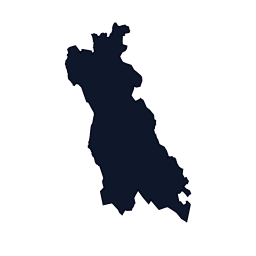 outline of Šķaunes pag., Dagdas, Latvia, rotated 76°
{"feature_id": "27541924B39109314614012", "entity_name": "Šķaunes pag.", "entity_type": "district", "adm_level": 2, "iso_a3": "LVA", "parent_name": "Latvia", "parent_adm1": "Dagdas", "projection": "equal_earth", "projection_center": [27.922, 56.167], "detail": "fine", "context": "isolated", "style": "filled", "palette": "ink", "viewbox_px": 256, "rotation_deg": 76, "n_neighbors": 0, "source": "geoboundaries", "source_scale": "gbopen_adm2", "svg_char_len": 5474}
<svg xmlns="http://www.w3.org/2000/svg" viewBox="0 0 256 256"><g transform="rotate(76 128 128)"><path d="M29.9,103.5L29.8,103.8L29.6,104.1L29.4,104.4L29.4,104.6L29.2,105.4L28.3,105.7L27.9,105.9L27.7,106.1L27.6,106.3L27.7,106.6L27.7,107.6L27.6,108.0L27.6,108.6L27.7,108.9L27.6,109.1L27.7,109.3L27.7,109.8L27.7,110.1L27.7,110.6L27.7,111.8L27.7,112.1L27.8,112.2L27.5,112.3L27.3,112.7L26.7,113.5L26.4,113.7L25.0,114.0L23.5,114.5L23.3,115.3L23.2,115.4L24.0,116.4L26.6,118.2L28.3,118.7L30.0,118.9L30.1,119.2L30.2,119.4L30.6,119.4L30.7,119.5L31.4,120.3L31.5,120.4L32.5,120.6L33.1,120.6L33.1,121.5L32.7,121.7L32.6,121.8L32.8,122.2L34.5,123.2L34.8,123.4L35.1,123.6L35.9,125.8L34.6,126.9L34.2,127.4L34.0,127.5L33.6,127.4L33.0,126.9L32.9,126.6L31.4,126.3L31.0,126.6L31.2,126.8L31.3,127.0L31.3,127.3L31.1,128.1L30.9,128.5L30.5,128.7L30.2,129.4L30.3,129.5L30.2,129.8L30.2,130.7L30.2,130.8L30.6,131.5L31.4,131.9L31.8,132.4L32.1,132.7L32.2,132.9L32.2,133.2L32.2,133.5L32.4,134.0L32.2,134.5L32.4,135.3L31.6,135.5L31.1,135.8L30.0,136.0L29.8,136.1L29.7,136.2L29.6,136.5L29.5,137.4L28.7,137.8L28.6,138.3L28.7,139.3L28.9,140.1L28.8,140.3L31.0,139.9L35.0,140.1L35.3,140.4L36.0,140.0L37.7,140.2L38.6,140.6L39.7,141.1L40.4,141.1L41.3,141.3L41.6,141.8L42.4,141.6L46.1,141.9L46.5,142.8L47.4,144.4L47.8,145.0L47.0,145.0L44.6,145.2L41.0,153.2L41.1,153.6L42.6,153.9L42.6,155.2L43.5,156.0L37.3,158.6L35.7,159.4L36.0,165.2L36.6,166.4L37.2,167.3L40.3,167.1L40.7,167.1L41.1,167.2L41.7,167.6L41.9,167.9L42.1,168.7L43.0,169.1L43.6,168.7L43.9,168.6L44.6,168.5L45.2,169.1L45.9,169.4L46.4,169.9L47.2,170.5L47.3,170.6L47.2,170.8L48.2,172.0L48.8,171.9L48.9,172.0L49.8,172.4L50.6,172.8L50.6,173.0L50.9,173.1L51.2,173.0L52.0,172.8L54.7,173.0L55.7,172.7L56.6,172.6L57.0,172.6L59.6,172.8L60.0,172.6L60.4,172.6L61.3,172.6L61.9,172.8L62.8,173.2L63.5,173.3L64.4,173.4L65.3,173.3L65.6,173.4L65.7,173.5L67.0,173.0L67.3,172.6L67.4,172.3L67.7,172.2L68.9,171.8L69.1,171.7L70.4,171.2L71.4,170.4L72.8,170.6L73.6,170.0L73.9,170.1L72.7,168.9L72.3,167.7L72.1,166.9L72.1,166.7L72.3,166.5L72.4,166.4L72.2,166.3L74.1,164.5L75.2,164.1L77.0,162.9L84.9,162.2L92.3,161.5L93.5,159.8L95.2,159.3L100.5,158.0L105.1,156.7L105.3,156.8L105.5,157.0L105.8,157.1L106.0,157.0L106.5,156.8L108.4,157.8L109.5,158.4L111.1,159.1L113.4,160.1L114.8,160.7L115.2,161.0L116.6,162.4L117.1,162.8L119.4,163.7L122.1,164.8L122.7,164.9L124.8,165.8L126.1,166.1L130.0,167.8L133.2,169.1L132.9,169.3L134.7,169.6L135.2,169.9L135.5,169.9L135.7,170.6L136.1,170.5L137.2,171.0L137.7,170.4L138.7,169.6L140.1,169.1L141.2,168.6L141.5,169.0L144.2,168.1L144.4,169.0L146.8,168.6L147.9,167.7L148.2,167.7L148.4,167.6L148.6,167.7L149.2,167.5L149.5,167.5L150.1,167.6L150.8,167.6L151.7,167.6L152.3,167.7L152.6,167.6L153.4,167.6L153.9,167.4L154.9,167.1L155.2,166.9L155.3,166.8L156.0,165.8L156.1,165.7L156.6,165.5L157.1,165.3L157.1,165.1L157.8,164.4L159.5,164.2L170.4,163.4L170.8,163.5L171.2,163.6L172.2,164.3L173.0,164.9L173.2,165.1L174.9,165.5L179.7,165.4L180.3,165.5L183.0,169.8L196.3,170.4L196.5,161.4L204.9,156.8L207.6,156.4L210.4,154.7L206.7,151.1L206.8,149.8L207.5,148.9L208.3,144.6L207.3,144.1L206.8,143.9L206.7,143.9L205.4,142.1L204.6,141.6L204.1,141.2L203.6,141.1L203.2,140.7L203.0,140.4L202.4,139.6L200.3,139.6L197.3,139.6L194.9,137.6L190.2,133.2L191.0,132.9L198.8,129.8L206.1,126.2L203.0,123.1L212.0,118.6L214.3,117.5L213.6,110.2L213.8,108.3L219.6,102.8L222.2,100.7L228.8,97.7L229.0,97.4L231.4,95.0L232.8,93.8L217.5,86.4L216.5,86.6L213.6,88.4L213.5,89.0L214.8,89.1L216.4,90.4L216.5,93.4L212.6,94.9L212.0,96.7L204.0,96.4L202.7,95.5L203.6,94.2L203.3,93.3L201.9,91.5L201.3,90.8L203.1,89.3L206.0,87.6L208.5,86.6L207.1,84.7L206.7,83.3L203.8,83.8L201.7,86.2L201.2,86.8L198.2,88.4L195.8,84.9L196.1,83.9L194.1,82.5L192.6,83.3L190.4,83.6L190.8,85.6L185.9,86.9L181.4,85.1L181.3,85.3L180.5,86.3L180.0,86.7L180.0,86.9L179.7,87.1L179.6,87.3L178.7,87.8L178.0,88.5L177.5,88.7L176.9,88.9L176.5,89.0L176.4,88.9L176.5,88.8L175.9,88.9L175.8,89.0L175.0,89.3L174.8,89.5L174.2,89.4L173.8,89.5L173.5,89.5L173.1,89.4L172.7,89.5L172.1,89.5L171.8,89.6L171.5,89.6L171.1,89.7L170.5,89.5L169.9,89.6L169.7,89.7L168.6,90.0L168.5,90.4L168.5,90.6L168.4,90.7L168.5,90.8L168.2,91.0L168.3,91.3L168.8,91.7L168.8,91.9L168.6,92.1L168.3,92.2L167.4,92.3L167.1,92.3L166.9,92.2L166.7,92.2L166.6,92.7L166.7,93.4L166.6,93.5L166.7,93.8L166.7,94.3L166.5,94.6L166.3,94.7L166.2,94.8L166.1,95.5L166.0,95.8L166.4,96.3L165.1,96.0L160.3,96.4L159.0,96.6L155.9,97.6L155.7,97.6L155.3,97.8L151.7,101.9L151.4,101.9L151.4,102.0L147.2,102.2L144.3,103.0L143.2,103.0L142.9,103.0L142.3,103.1L142.0,103.0L141.9,103.0L141.5,102.9L141.2,103.1L140.8,103.4L140.7,103.5L140.0,103.6L139.3,103.8L137.0,103.8L135.9,103.9L135.7,103.9L134.6,102.6L132.8,102.1L131.4,100.9L131.4,101.0L131.3,100.9L130.3,100.6L127.5,99.6L126.7,100.5L126.4,101.0L124.2,100.7L121.6,100.3L117.0,102.5L115.7,103.2L114.6,104.1L112.6,105.6L106.3,106.6L104.6,107.0L103.6,108.3L102.7,108.6L103.0,109.1L103.8,111.9L104.1,113.2L104.5,114.2L101.9,115.7L97.3,117.5L94.8,115.9L91.3,113.4L88.4,112.5L88.7,112.1L90.1,109.8L90.2,106.4L85.4,103.3L84.5,103.2L82.2,102.8L80.7,103.2L76.9,105.8L73.2,108.6L68.1,110.0L66.4,112.6L65.7,113.8L63.2,117.3L61.5,118.0L60.3,118.3L56.5,119.1L53.6,116.3L52.7,115.4L52.6,115.2L52.0,112.2L51.2,111.3L50.5,110.5L48.3,109.5L47.1,111.5L46.5,112.4L46.0,113.6L42.0,112.9L41.6,112.7L37.5,111.5L37.1,111.3L36.8,110.4L37.0,109.1L35.0,109.0L35.3,103.9L34.1,103.1L33.6,103.5L31.2,103.3L29.9,103.5Z" fill="#0f172a" stroke="#020617" stroke-width="1.5"/></g></svg>